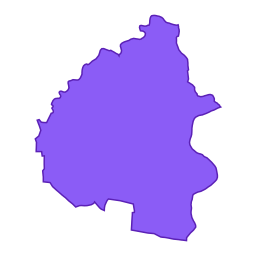 the district of Caxhuacan, Puebla, Mexico
{"feature_id": "50627088B49115347423872", "entity_name": "Caxhuacan", "entity_type": "district", "adm_level": 2, "iso_a3": "MEX", "parent_name": "Mexico", "parent_adm1": "Puebla", "projection": "orthographic", "projection_center": [-97.605, 20.075], "detail": "fine", "context": "isolated", "style": "filled", "palette": "violet", "viewbox_px": 256, "rotation_deg": 0, "n_neighbors": 0, "source": "geoboundaries", "source_scale": "gbopen_adm2", "svg_char_len": 4837}
<svg xmlns="http://www.w3.org/2000/svg" viewBox="0 0 256 256"><path d="M186.5,240.6L186.6,238.7L186.6,237.7L188.1,235.8L190.4,233.0L190.9,232.5L191.8,231.7L193.5,230.1L194.7,228.5L195.7,227.2L195.7,226.0L195.5,224.9L194.5,222.6L193.5,221.0L192.7,219.3L191.8,217.3L191.4,215.1L191.1,213.9L191.0,212.1L191.2,210.2L191.3,209.8L191.5,208.0L191.0,204.5L191.2,203.2L191.3,201.9L191.6,200.8L192.1,199.7L192.5,197.2L192.7,195.7L193.3,194.4L195.2,193.3L195.4,193.2L197.7,192.1L200.9,191.3L203.7,189.9L205.4,189.0L207.2,187.7L208.4,186.8L210.8,185.3L213.1,183.2L215.1,181.3L216.6,179.6L217.4,177.3L217.4,175.0L217.2,174.0L216.9,172.3L216.4,169.6L215.9,167.7L214.7,165.8L213.5,164.4L211.6,162.2L209.6,160.3L209.0,159.7L206.8,157.7L206.4,157.6L204.2,156.6L203.0,155.4L202.4,154.7L200.6,154.0L200.3,153.9L200.1,153.9L198.3,153.4L196.5,152.6L196.2,152.3L194.0,150.4L193.6,150.1L192.2,148.9L191.2,147.2L190.7,146.4L190.3,145.6L190.0,145.0L189.8,144.5L189.5,142.5L189.6,141.7L189.9,140.2L190.2,139.0L190.5,138.1L191.1,136.6L191.7,134.2L191.7,133.4L191.8,132.4L191.9,129.9L191.9,128.7L191.9,128.4L192.3,125.4L192.5,124.4L192.8,123.0L193.2,121.1L194.4,118.5L194.7,118.2L195.6,117.2L198.8,115.5L201.5,115.0L202.0,115.0L203.6,114.4L204.3,114.1L204.9,113.9L206.0,113.5L208.7,112.3L209.7,111.8L211.1,111.0L212.8,110.4L213.8,110.1L215.6,109.2L217.7,108.1L220.7,107.0L219.8,106.2L219.5,105.2L218.3,104.3L216.9,102.9L215.7,102.4L214.3,101.3L214.3,98.7L214.2,98.5L214.0,98.0L213.9,97.6L213.3,96.5L212.6,95.3L212.3,95.2L211.6,94.9L210.2,94.5L208.9,94.6L207.4,95.0L206.2,95.4L204.9,95.7L203.0,96.4L200.8,96.7L200.7,96.7L197.8,95.9L197.1,94.8L197.2,94.1L195.3,91.8L194.6,89.9L194.6,87.3L192.5,84.9L187.6,81.8L188.5,79.0L187.5,70.8L188.5,69.8L187.9,65.4L187.9,63.0L187.5,59.3L186.5,57.8L186.2,57.4L184.3,55.3L181.4,53.1L178.8,49.7L178.0,47.3L176.4,43.1L176.5,40.5L176.4,37.5L177.1,36.5L178.4,36.1L178.9,33.7L179.0,32.8L179.2,31.6L179.1,29.7L178.5,27.7L178.5,26.3L178.1,24.8L177.1,25.2L176.0,25.1L173.9,24.7L172.5,24.3L170.9,23.8L169.1,23.1L167.4,22.8L166.0,22.2L164.4,20.5L163.1,18.6L161.7,17.4L159.2,16.3L157.5,16.0L156.0,15.6L154.3,15.4L153.0,15.5L151.6,15.8L150.8,16.7L150.2,18.2L149.8,20.6L149.8,21.2L149.7,22.8L149.5,23.9L149.4,24.3L149.0,25.2L147.8,25.3L146.4,26.0L145.6,26.1L144.4,26.1L143.0,25.8L142.1,25.6L141.0,25.4L139.8,25.9L139.5,27.5L139.9,29.1L140.5,30.8L142.9,31.1L144.5,32.0L145.4,33.4L145.1,35.6L143.5,37.5L142.0,38.3L141.0,39.1L139.9,39.3L139.7,39.4L137.5,39.0L136.6,38.9L133.7,38.4L130.8,39.2L129.1,40.3L128.7,40.5L126.1,41.3L125.2,41.6L123.9,42.1L121.9,43.2L121.1,44.0L120.5,44.8L120.4,46.4L120.8,47.5L121.1,48.8L121.5,50.2L121.5,51.1L121.3,51.7L121.3,52.3L121.0,52.8L120.7,53.3L120.4,53.7L119.9,54.1L119.2,54.6L119.0,55.8L118.0,54.3L116.0,53.4L114.2,52.2L111.4,50.7L110.8,50.3L109.9,50.7L108.6,50.5L107.1,49.9L106.5,49.7L103.7,48.6L101.8,48.7L100.7,49.9L100.3,50.4L99.5,53.2L99.1,54.4L98.7,55.5L96.1,58.8L94.8,59.6L93.0,60.7L92.2,61.2L91.5,61.9L90.2,63.1L89.1,64.1L87.8,64.7L86.8,64.0L85.1,64.5L83.6,65.8L82.8,67.5L82.3,69.3L82.1,70.8L82.1,71.6L82.0,71.9L82.0,74.2L81.2,76.1L80.3,78.0L79.1,79.4L77.9,80.0L76.5,80.0L74.2,79.8L73.0,79.7L71.4,80.4L70.3,80.8L69.1,81.0L68.2,81.8L68.1,83.2L68.7,85.8L68.9,87.7L69.0,87.8L68.3,89.4L67.5,90.5L66.4,91.4L65.2,92.1L64.0,92.1L62.9,91.8L61.5,91.2L60.2,91.2L59.3,92.0L59.2,92.2L59.2,92.8L59.8,94.3L60.5,95.0L60.7,96.4L60.2,97.6L59.2,98.3L57.5,98.3L56.0,98.5L55.8,98.5L55.1,98.7L54.4,99.1L54.2,99.3L53.0,100.6L52.3,102.2L51.7,103.3L51.5,104.5L52.1,105.1L52.7,105.4L53.1,106.2L52.9,107.0L52.3,107.4L51.9,108.2L52.2,108.7L52.4,109.1L52.8,109.8L53.3,110.8L53.3,111.8L53.1,112.5L52.6,112.9L51.2,113.3L46.6,122.6L43.5,122.5L41.3,122.2L39.1,119.6L37.2,120.2L38.6,124.0L39.2,125.4L40.3,128.7L40.8,130.3L38.8,136.0L35.3,138.9L36.5,142.4L36.4,144.4L36.4,145.3L36.3,148.3L36.2,150.3L36.2,151.6L40.1,151.6L41.6,151.6L42.2,156.0L44.3,155.9L44.2,160.8L44.2,164.1L44.3,167.8L44.3,168.8L42.7,170.8L43.2,176.1L43.3,176.6L43.3,181.8L49.7,182.5L50.1,182.6L52.4,186.3L52.7,186.7L55.8,189.5L56.3,190.0L58.7,192.0L59.1,192.4L61.3,194.3L61.8,194.8L62.3,195.2L62.6,195.4L63.3,196.0L63.9,196.5L65.4,197.6L68.7,200.8L72.6,203.9L75.7,207.0L76.8,206.6L78.2,206.1L79.6,205.6L81.4,205.5L84.1,205.7L85.2,205.7L87.2,205.6L91.3,204.7L93.8,203.3L94.6,201.9L97.3,205.1L99.3,207.4L99.5,207.7L101.3,209.2L104.3,210.5L104.4,208.0L104.9,205.3L106.3,202.1L107.1,200.5L108.4,199.0L120.2,200.7L133.3,204.0L134.4,210.6L134.5,210.9L134.3,212.4L132.4,212.6L132.3,215.2L132.2,216.5L131.9,221.1L131.8,223.2L131.4,230.0L131.9,230.1L134.8,230.6L141.8,231.9L145.0,232.5L147.8,233.0L154.2,233.6L154.6,233.8L155.9,234.5L158.8,236.0L160.8,237.0L163.2,237.3L163.8,237.3L165.4,237.5L166.6,237.7L167.1,237.8L168.9,238.1L171.1,238.6L173.7,239.1L176.8,239.4L178.8,239.6L181.5,240.0L182.7,240.1L186.5,240.6Z" fill="#8b5cf6" stroke="#5b21b6" stroke-width="1.5"/></svg>